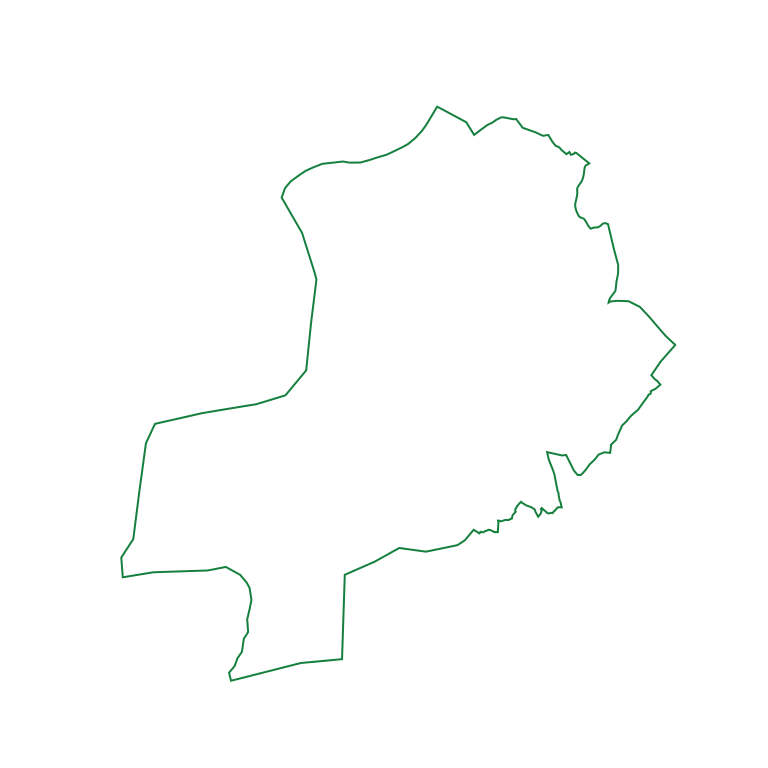 the district of Orumba South, Anambra, Nigeria, rotated 169°
{"feature_id": "59680162B16963737840115", "entity_name": "Orumba South", "entity_type": "district", "adm_level": 2, "iso_a3": "NGA", "parent_name": "Nigeria", "parent_adm1": "Anambra", "projection": "robinson", "projection_center": [7.202, 6.0], "detail": "fine", "context": "isolated", "style": "outline", "palette": "green", "viewbox_px": 768, "rotation_deg": 169, "n_neighbors": 0, "source": "geoboundaries", "source_scale": "gbopen_adm2", "svg_char_len": 3222}
<svg xmlns="http://www.w3.org/2000/svg" viewBox="0 0 768 768"><g transform="rotate(169 384 384)"><path d="M477.7,121.9L458.9,204.2L427.0,211.4L400.3,220.1L374.8,211.4L342.7,211.8L336.5,214.3L334.4,215.2L323.8,223.8L318.9,219.2L317.6,220.4L317.0,220.5L316.8,219.9L314.5,219.5L313.7,219.9L312.7,220.4L311.0,220.4L310.2,220.7L309.2,221.0L308.6,220.6L307.1,220.2L306.1,219.3L305.7,218.8L304.6,218.4L304.3,217.7L302.6,217.1L302.2,217.4L300.5,216.9L299.6,220.4L299.3,221.7L298.1,226.3L298.1,228.1L296.6,227.7L295.5,226.9L290.8,227.4L287.5,226.7L285.8,227.4L284.3,227.4L282.7,230.8L281.4,231.7L280.3,232.5L279.1,233.5L279.5,234.4L279.0,235.9L276.3,239.0L274.3,240.6L272.0,242.2L270.8,240.7L267.5,237.7L262.9,234.9L260.0,232.1L259.7,229.8L258.0,224.3L256.3,225.6L254.8,227.1L253.3,229.7L253.9,231.3L252.8,232.1L248.1,226.0L246.5,225.4L244.9,225.7L243.1,225.1L241.5,226.7L240.4,227.0L239.1,228.2L236.8,229.8L235.6,229.6L233.1,229.0L233.2,229.8L233.2,233.6L233.8,236.1L233.8,241.2L233.5,243.4L234.0,245.9L234.0,262.9L234.5,266.9L236.7,278.4L236.9,286.0L222.9,279.9L218.8,279.6L214.0,262.5L211.2,257.7L208.3,257.1L206.4,258.2L203.1,260.7L197.4,265.9L191.2,269.9L186.9,273.7L181.0,274.9L175.1,273.3L172.6,281.2L166.7,285.0L164.2,289.2L158.2,297.8L153.4,300.9L147.5,305.7L139.3,310.4L133.9,315.6L128.0,321.0L126.2,323.1L124.2,323.5L123.6,325.1L123.5,326.1L120.8,326.8L118.4,327.5L112.8,330.6L114.4,333.4L115.4,335.1L117.5,337.4L119.9,341.6L108.2,353.2L90.7,366.7L90.8,367.1L95.4,373.3L98.3,377.4L102.2,384.1L111.2,399.9L118.3,411.1L120.0,412.3L121.9,413.8L128.0,418.5L133.9,420.0L139.7,421.2L145.8,421.8L148.0,421.0L147.2,423.0L145.6,425.3L139.0,431.3L136.3,440.0L133.1,447.9L131.4,456.1L132.6,473.1L133.6,498.2L136.0,499.7L138.6,499.7L141.0,498.1L143.9,497.0L148.4,497.5L151.4,497.0L153.1,499.8L154.6,504.2L156.0,507.7L157.4,508.9L159.5,510.1L160.7,511.6L161.9,515.7L162.3,518.4L162.4,521.7L162.0,524.0L161.2,526.1L159.4,530.0L157.8,534.4L157.3,538.3L156.2,540.5L153.2,543.4L151.0,545.6L149.2,548.6L147.9,551.7L146.5,555.8L145.9,557.8L144.8,559.5L143.9,560.2L142.3,560.6L140.4,561.4L151.2,574.2L151.7,574.3L151.9,574.5L152.7,574.7L153.6,573.7L156.7,573.3L157.7,576.3L161.0,574.8L164.9,579.5L166.2,581.9L167.3,583.3L170.1,585.1L172.5,589.7L175.2,597.1L180.6,597.3L187.3,602.2L198.9,609.0L203.7,618.9L205.2,618.9L207.2,619.5L216.2,623.1L218.4,623.3L223.4,621.9L227.8,619.9L233.1,618.5L240.8,614.9L248.0,611.3L253.3,625.3L278.9,646.1L288.2,635.7L293.3,630.1L298.4,625.3L306.0,619.7L314.5,615.0L320.3,613.1L330.4,610.4L338.0,608.5L348.1,607.6L354.8,606.7L358.9,606.4L364.9,605.9L375.8,607.9L381.7,610.2L388.7,610.8L389.2,610.8L402.5,611.9L412.8,610.0L420.2,608.2L426.9,605.4L437.0,600.7L443.8,595.1L448.9,586.5L447.1,581.3L442.2,567.0L435.6,548.0L431.2,509.5L430.8,505.8L430.4,499.4L443.9,458.0L457.8,412.2L482.9,391.7L513.5,388.5L525.0,388.9L541.7,389.4L567.8,390.1L613.0,388.7L616.5,388.5L629.0,371.2L644.5,325.7L659.7,279.6L675.0,263.8L677.3,244.1L646.3,243.2L592.7,234.6L574.2,234.6L568.2,229.6L561.7,224.2L556.7,215.3L554.9,209.4L555.3,197.4L558.9,188.6L563.2,179.0L564.7,166.4L570.2,160.7L574.5,148.3L580.2,142.7L584.4,135.7L591.2,130.2L590.8,121.9L518.9,126.0L477.7,121.9Z" fill="none" stroke="#15803d" stroke-width="2"/></g></svg>